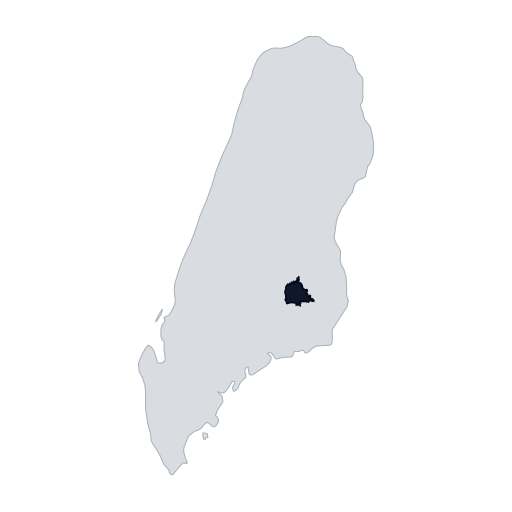 Ambatomainty, Melaky, Madagascar (highlighted), rotated 182°
{"feature_id": "10022922B59098628147577", "entity_name": "Ambatomainty", "entity_type": "district", "adm_level": 2, "iso_a3": "MDG", "parent_name": "Madagascar", "parent_adm1": "Melaky", "projection": "albers", "projection_center": [45.384, -17.814], "detail": "fine", "context": "in_parent", "style": "filled", "palette": "ink", "viewbox_px": 512, "rotation_deg": 182, "n_neighbors": 0, "source": "geoboundaries", "source_scale": "gbopen_adm2", "svg_char_len": 7947}
<svg xmlns="http://www.w3.org/2000/svg" viewBox="0 0 512 512"><g transform="rotate(182 256 256)"><path d="M341.9,46.4L343.3,49.8L344.9,53.2L350.1,61.3L352.4,64.4L354.3,67.7L355.1,74.2L358.2,84.4L361.1,99.7L361.6,115.4L362.4,122.6L364.8,129.4L368.7,136.5L369.8,144.3L367.1,152.3L363.3,159.8L362.3,161.2L360.6,163.1L359.8,162.9L357.0,160.9L354.7,157.7L351.9,150.1L350.9,146.2L349.7,145.6L346.2,145.8L343.6,148.2L343.1,149.6L343.6,153.9L344.4,157.7L344.8,161.6L344.7,166.5L345.6,168.0L347.0,169.3L348.3,172.5L348.4,180.1L347.4,183.9L344.9,187.2L345.0,189.0L345.9,190.9L345.0,192.0L341.7,193.4L340.4,194.6L338.5,197.9L335.5,204.7L335.1,208.2L336.6,218.9L336.0,226.4L332.0,240.8L329.8,247.6L326.7,255.7L322.0,266.5L317.4,279.9L313.4,293.8L310.4,302.1L307.2,310.3L302.6,324.8L298.8,339.6L293.1,355.8L285.5,373.8L284.6,376.1L283.0,385.4L281.2,393.4L279.2,401.3L274.9,414.4L274.4,418.4L273.4,422.3L269.3,430.5L267.6,433.5L266.4,436.7L265.7,440.8L264.5,444.8L261.5,452.1L257.2,458.3L254.3,460.6L247.9,463.8L244.7,464.5L237.6,464.5L230.7,466.4L223.6,470.0L216.7,474.1L214.0,476.1L211.1,477.2L202.0,477.4L199.3,476.6L190.2,469.7L186.7,468.6L180.0,467.7L178.0,467.1L176.1,466.3L173.4,462.7L168.0,459.7L166.7,458.8L165.9,456.7L165.3,454.5L163.9,452.0L162.8,447.2L161.1,443.9L156.0,438.0L155.5,436.1L155.0,429.8L155.2,425.6L154.6,417.8L155.1,414.1L156.9,410.8L156.1,407.2L154.2,403.5L153.5,399.6L152.1,396.1L146.8,389.8L145.5,386.6L144.6,383.4L142.5,373.3L142.2,369.7L142.4,362.3L143.1,358.4L144.4,355.7L144.7,353.7L145.5,352.0L146.7,350.6L147.6,349.0L149.4,339.4L151.9,337.2L155.6,336.0L158.6,333.5L160.2,330.1L161.9,323.1L166.5,316.2L168.2,312.5L172.0,307.0L175.3,299.3L176.3,295.6L177.0,291.9L177.8,283.7L178.4,279.6L178.3,275.6L176.3,271.5L171.7,264.0L171.5,262.6L171.8,257.0L171.4,252.9L169.7,248.9L167.5,245.1L165.3,238.1L164.1,226.3L164.3,222.1L163.7,218.3L162.1,214.7L163.2,208.5L177.0,185.6L177.4,183.0L176.8,176.0L177.1,172.0L177.5,170.5L178.6,169.6L181.0,169.2L192.3,168.2L193.8,167.5L196.6,165.5L200.5,161.8L202.3,160.8L203.8,161.1L204.8,162.7L206.1,163.6L210.6,161.9L212.4,161.9L214.2,162.1L215.0,160.6L215.5,158.5L216.2,157.1L217.4,156.3L223.3,155.8L227.1,155.2L232.0,153.8L233.0,154.1L236.9,159.3L238.1,159.8L239.6,160.0L241.0,159.0L237.8,156.3L237.3,154.8L237.5,153.0L239.2,149.3L242.1,146.4L248.5,142.1L255.1,137.2L257.1,136.8L258.7,137.6L259.9,143.6L259.7,144.5L260.8,144.7L262.0,144.0L263.1,141.6L263.2,139.6L262.3,137.7L261.9,136.1L261.9,134.6L265.3,131.1L267.9,127.8L269.2,123.9L270.3,122.0L273.1,120.0L273.9,120.3L274.5,122.0L274.9,123.8L274.1,125.6L273.1,127.3L272.7,129.6L274.2,130.1L275.7,129.5L277.9,125.3L280.5,121.4L282.0,119.3L283.8,117.9L286.9,118.3L289.9,119.2L285.1,114.9L283.9,109.1L289.9,99.2L290.0,97.2L290.8,96.5L291.2,95.7L288.2,92.3L287.7,90.7L288.1,88.1L289.6,85.9L290.9,84.3L292.8,83.8L294.3,84.7L297.5,87.5L299.7,87.9L302.4,85.3L304.6,82.0L307.9,79.8L311.6,78.5L317.3,73.3L321.2,62.5L321.6,59.3L320.8,55.5L319.6,51.8L317.5,47.1L318.1,46.1L321.2,46.8L322.2,46.2L325.7,42.2L331.4,34.6L333.2,34.6L334.7,36.1L335.3,38.2L336.3,39.8L340.0,43.6L341.9,46.4ZM302.7,76.3L302.7,77.5L298.5,76.9L297.8,72.8L299.9,72.7L300.4,71.0L301.7,70.8L303.0,74.5L302.7,76.3ZM351.2,193.9L347.5,199.9L348.6,194.9L352.9,187.7L354.1,187.1L351.2,193.9Z" fill="#d9dde1" stroke="#a8b0b8" stroke-width="1"/><path d="M223.2,228.9L223.4,228.9L223.4,228.7L223.1,228.4L223.2,228.2L223.6,228.3L223.7,228.2L224.1,227.7L224.4,227.6L224.5,227.5L224.5,227.2L224.7,226.9L224.6,226.6L224.8,226.5L225.0,226.1L225.1,225.9L225.0,225.7L225.0,225.3L225.2,225.1L225.0,224.7L225.1,224.1L224.9,224.0L224.9,223.8L225.1,223.5L225.2,223.1L225.3,223.0L225.5,222.6L225.8,222.3L225.7,221.6L225.8,220.8L225.7,220.5L225.6,220.4L225.6,219.6L225.5,219.2L225.4,219.0L224.8,218.9L224.7,218.7L224.8,217.6L225.0,217.2L224.6,215.4L224.7,215.2L224.8,214.6L224.7,214.6L224.8,214.5L224.8,214.3L224.6,214.3L224.5,214.2L224.4,213.8L224.6,213.8L224.6,213.7L224.8,213.6L224.9,213.8L225.0,213.7L225.4,213.4L224.5,212.1L224.0,210.9L223.6,209.6L223.3,209.5L222.8,209.7L222.6,210.1L222.4,210.0L222.3,209.8L221.7,210.1L221.2,210.1L221.0,210.5L220.4,210.8L219.5,210.5L219.1,210.6L219.0,210.9L218.6,210.9L218.3,210.7L218.0,210.7L217.9,210.6L217.4,210.7L215.9,210.4L215.6,210.4L215.4,210.6L215.2,210.6L214.7,210.3L214.4,210.3L214.3,210.1L214.0,210.0L213.8,209.7L214.0,209.6L214.0,209.0L214.2,208.6L213.9,208.6L213.7,208.8L213.6,208.5L213.5,208.4L213.3,208.4L213.2,208.3L213.1,208.6L212.9,208.6L212.6,208.8L212.5,209.0L212.3,208.9L212.2,208.8L211.3,208.8L210.9,208.5L210.7,208.1L210.4,208.0L210.2,208.0L210.0,207.9L210.0,208.1L210.1,208.4L210.5,208.9L210.3,209.1L210.2,209.8L210.0,210.1L210.0,210.3L210.4,210.6L210.5,210.7L210.4,210.8L210.5,210.8L210.4,210.8L210.5,210.9L210.3,211.0L210.2,211.1L210.1,211.3L210.3,211.4L210.2,211.6L210.3,211.8L210.3,212.1L210.5,212.6L210.3,212.8L209.8,212.6L209.5,212.1L209.2,212.4L208.9,212.5L208.6,212.4L208.5,212.6L208.3,212.4L208.1,212.5L207.9,212.5L207.5,212.0L207.2,212.2L207.1,212.4L207.1,212.6L206.9,212.6L206.7,212.3L206.4,212.1L206.0,212.3L205.8,212.3L205.4,212.2L205.2,212.4L205.0,213.2L204.9,212.9L204.5,212.8L204.5,212.4L204.0,211.9L203.8,211.9L203.5,212.1L203.2,212.2L203.0,212.4L202.8,212.3L202.8,212.1L202.5,212.0L202.3,211.9L202.1,211.8L202.0,211.7L201.8,211.8L201.4,212.6L201.4,212.8L200.7,213.1L200.5,213.4L200.3,213.3L200.0,213.4L199.9,213.3L199.7,213.4L199.7,213.5L199.6,213.8L199.4,213.9L199.4,213.7L199.0,213.7L198.9,213.6L198.9,213.8L198.7,213.6L198.8,213.3L198.7,213.3L198.4,213.5L198.4,213.2L198.1,213.3L197.8,213.3L197.8,213.1L197.7,213.1L197.3,213.3L197.3,212.9L197.0,213.0L196.8,212.9L196.8,213.0L196.7,213.1L196.6,213.5L196.8,213.5L197.0,213.6L197.0,214.0L197.3,214.4L197.7,214.5L197.9,215.0L198.4,215.2L199.0,215.3L199.6,215.5L200.0,216.0L200.4,216.4L200.5,217.0L200.4,217.2L200.3,217.6L200.1,217.9L200.3,218.1L200.5,218.1L200.6,218.3L200.8,218.1L200.9,218.3L201.2,217.9L201.5,217.8L201.7,217.6L202.1,217.5L202.5,217.7L202.8,217.8L202.8,218.1L203.0,218.1L203.0,218.5L203.0,219.0L203.1,219.6L203.3,219.8L203.3,220.1L203.5,220.2L203.7,220.3L203.9,220.1L204.2,220.1L204.3,220.4L204.2,220.7L204.5,221.0L204.4,221.1L204.2,221.2L204.2,221.3L204.1,221.5L204.0,222.1L203.7,222.3L203.8,222.5L203.5,223.3L203.5,223.5L203.8,224.0L204.0,224.1L204.3,224.2L204.5,223.8L204.8,223.8L205.1,224.0L205.3,223.8L205.7,223.8L205.8,223.7L205.6,223.6L205.9,223.6L206.2,223.9L206.4,223.9L206.4,224.1L206.9,224.5L207.1,225.0L207.3,224.9L207.9,225.4L208.2,225.6L208.4,225.6L208.4,225.9L208.7,226.2L208.8,226.3L208.4,226.6L208.6,226.9L208.7,227.0L208.8,227.4L208.9,227.5L208.7,227.5L208.7,227.8L208.7,228.0L208.8,228.3L209.3,228.9L209.7,230.0L211.5,230.9L211.9,230.8L212.0,231.1L212.4,231.2L212.5,231.5L213.1,232.0L212.8,232.5L212.3,232.9L212.3,233.3L212.1,233.7L212.2,234.4L212.4,234.5L212.7,234.8L212.8,235.3L212.7,235.6L212.5,235.8L212.3,236.2L212.3,236.4L212.5,236.6L212.7,236.2L213.3,235.8L213.4,235.7L213.7,235.5L213.8,235.5L214.0,235.4L214.0,235.1L214.1,234.8L214.2,234.7L214.2,234.4L214.1,233.8L214.2,233.6L214.3,233.4L214.3,233.2L214.4,232.9L214.6,232.8L214.6,232.7L214.6,232.3L214.8,232.3L215.0,232.2L215.1,231.9L215.3,231.8L215.6,231.9L215.6,231.6L215.6,231.8L215.8,231.7L215.7,231.5L215.8,231.5L216.2,231.6L216.0,231.4L216.2,231.5L216.3,231.3L216.2,231.3L216.1,231.2L216.5,231.2L216.4,231.1L216.6,230.9L216.6,231.0L216.8,231.3L217.0,231.2L217.3,230.9L217.4,231.0L217.5,231.1L217.8,231.1L218.1,231.1L217.9,231.0L218.0,230.8L218.1,230.7L218.3,230.9L218.3,231.0L218.5,231.0L218.4,230.9L218.5,230.8L219.0,230.6L219.1,230.8L219.4,230.8L219.4,230.7L219.5,230.6L219.5,230.2L219.6,229.9L219.6,230.0L219.5,229.9L219.8,229.9L220.0,229.8L220.3,229.7L220.5,229.7L220.3,229.5L220.4,229.3L220.3,229.2L220.6,229.0L220.7,228.9L220.7,229.0L220.9,229.1L221.0,229.0L221.2,228.9L221.4,229.1L221.4,228.9L221.5,228.9L221.5,228.7L221.8,228.3L222.0,228.4L222.3,228.4L222.3,228.7L222.5,228.7L223.0,228.8L223.2,228.9Z" fill="#0f172a" stroke="#020617" stroke-width="1.5"/></g></svg>